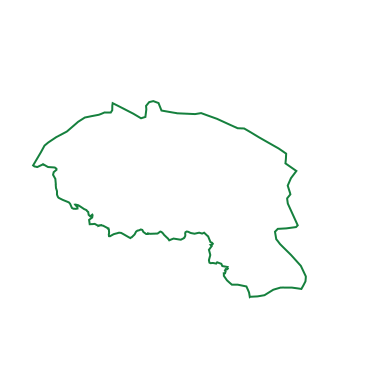 the district of Kpaai, Bong, Liberia, rotated 127°
{"feature_id": "62588387B85752437288892", "entity_name": "Kpaai", "entity_type": "district", "adm_level": 2, "iso_a3": "LBR", "parent_name": "Liberia", "parent_adm1": "Bong", "projection": "robinson", "projection_center": [-9.185, 6.933], "detail": "fine", "context": "isolated", "style": "outline", "palette": "green", "viewbox_px": 384, "rotation_deg": 127, "n_neighbors": 0, "source": "geoboundaries", "source_scale": "gbopen_adm2", "svg_char_len": 3606}
<svg xmlns="http://www.w3.org/2000/svg" viewBox="0 0 384 384"><g transform="rotate(127 192 192)"><path d="M266.4,334.9L266.4,333.2L265.7,331.8L265.4,331.0L265.2,330.6L263.7,329.8L261.6,328.7L259.9,327.8L259.8,327.4L259.4,327.5L258.8,322.6L258.7,322.0L255.3,316.8L255.0,316.2L255.0,314.3L255.5,313.9L255.8,313.6L257.6,314.0L259.4,314.4L261.9,313.3L263.6,309.4L263.7,309.1L267.9,305.3L268.1,305.3L270.8,302.9L271.1,302.4L272.6,300.3L274.6,298.8L275.3,298.3L276.6,296.2L276.9,295.1L276.7,293.8L276.1,290.6L274.4,284.1L274.6,283.1L274.8,282.2L277.0,278.3L276.7,276.6L275.2,274.5L274.1,273.5L273.0,274.4L272.6,277.1L272.4,277.7L272.1,277.4L271.0,274.8L270.8,272.3L270.6,268.7L270.6,267.9L270.5,267.7L270.0,265.4L270.4,264.1L270.4,262.9L272.4,260.8L272.7,258.8L272.7,258.6L272.1,258.2L271.7,258.4L270.1,258.0L270.3,257.5L271.2,257.0L272.1,256.6L272.4,256.4L276.2,257.4L279.3,254.3L277.4,252.0L277.2,251.8L276.0,250.5L275.5,247.0L274.0,245.5L274.3,245.5L273.5,244.9L272.4,242.7L271.7,238.4L271.4,237.0L271.9,237.0L272.0,235.8L274.4,233.7L276.1,232.8L277.2,231.7L276.7,230.9L274.7,230.0L272.9,229.2L271.4,228.1L270.2,227.1L268.4,225.8L267.3,223.9L266.9,221.1L266.2,215.4L265.9,213.5L264.7,213.2L264.4,212.9L260.6,212.3L260.4,212.3L257.3,212.8L255.6,212.3L255.2,211.8L253.9,210.9L252.7,210.3L252.4,209.4L252.2,208.9L253.2,206.7L253.1,203.3L252.0,201.9L251.5,202.2L250.7,200.4L245.9,194.5L242.7,193.5L242.3,192.4L242.4,190.9L242.7,189.6L243.0,188.8L243.5,184.7L243.6,183.3L243.8,182.6L244.3,181.1L242.2,179.9L240.3,178.7L237.6,173.6L236.8,172.2L233.8,170.7L233.3,170.6L233.1,170.8L232.3,170.7L231.4,170.9L230.4,171.4L229.1,172.6L228.3,172.9L228.0,173.0L226.7,172.4L226.0,170.9L225.7,169.1L225.4,168.1L224.0,165.3L223.8,164.9L223.7,164.8L220.9,162.4L220.2,161.8L219.1,158.9L218.6,158.6L217.2,157.8L217.3,157.0L217.7,153.4L217.7,152.4L217.8,152.3L220.9,147.1L220.5,145.6L220.7,144.6L220.8,144.2L221.7,144.2L223.1,145.3L223.4,143.7L226.1,143.7L228.0,143.7L228.5,143.0L231.2,139.6L231.5,139.4L236.2,137.5L236.5,137.2L237.9,135.6L237.7,134.4L236.1,132.6L234.6,129.6L233.0,129.6L232.1,126.6L231.7,125.4L232.9,123.2L230.6,118.7L230.9,118.7L231.5,117.3L232.5,117.4L233.3,118.7L234.9,118.4L234.9,117.5L237.0,116.7L237.8,117.7L239.6,116.2L239.8,116.1L241.5,110.9L241.8,107.6L242.0,104.4L239.6,101.2L238.6,99.9L238.2,99.1L234.7,91.7L236.4,88.6L237.9,86.0L239.4,84.4L241.1,82.6L240.6,82.4L235.9,76.8L230.8,72.0L226.9,70.5L222.0,68.6L221.2,68.3L219.8,67.3L215.1,63.8L214.2,62.6L213.9,62.3L212.8,60.8L208.3,54.8L205.5,49.8L203.6,46.3L201.4,46.6L199.8,46.8L195.1,47.6L192.5,49.2L191.6,49.8L190.9,50.3L185.5,60.6L182.7,75.0L181.2,86.2L180.6,90.4L180.2,91.8L179.6,93.8L179.0,96.3L173.8,101.8L169.8,101.3L168.3,99.5L166.6,97.5L164.4,94.9L157.4,87.8L155.0,87.5L150.6,95.6L143.6,108.5L141.5,110.6L140.5,111.6L139.8,112.2L134.7,112.0L133.7,113.2L130.8,117.3L129.3,119.4L121.8,121.2L121.3,121.3L112.4,121.3L112.9,134.6L112.7,134.7L109.1,136.9L104.8,139.8L104.7,139.9L105.1,149.0L106.7,161.2L107.7,169.0L108.0,171.3L109.2,182.9L109.9,188.6L113.6,193.9L115.3,201.4L118.2,214.6L118.5,216.0L121.8,226.6L123.5,232.2L127.9,236.4L129.0,238.0L138.2,251.4L138.2,251.6L140.0,255.0L144.8,264.4L145.3,265.4L141.1,272.3L141.6,273.9L142.7,277.6L146.0,280.3L150.9,280.5L153.5,278.2L160.1,274.4L163.8,277.1L164.3,281.7L164.8,286.1L167.8,303.4L168.8,308.8L171.0,307.6L174.7,304.9L177.4,304.7L180.5,308.8L181.1,309.7L184.2,311.5L186.4,312.9L191.8,317.8L195.1,320.7L197.0,322.4L204.5,325.2L206.9,325.7L218.9,328.3L219.6,328.6L229.8,333.4L236.1,335.6L239.0,336.6L243.7,337.7L251.2,336.6L266.4,334.9Z" fill="none" stroke="#15803d" stroke-width="2"/></g></svg>